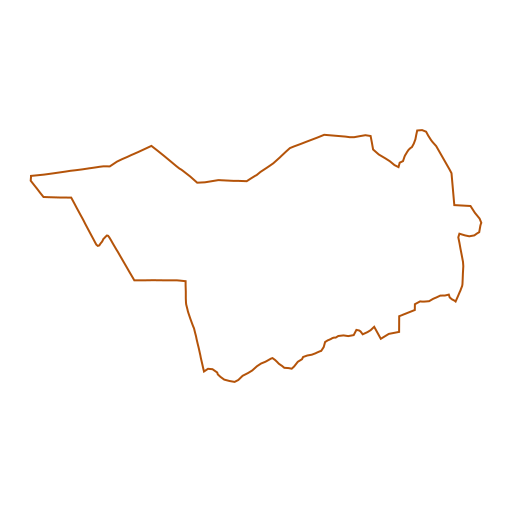 the district of Kipkelion West, Rift Valley, Kenya
{"feature_id": "3690345B22667939022422", "entity_name": "Kipkelion West", "entity_type": "district", "adm_level": 2, "iso_a3": "KEN", "parent_name": "Kenya", "parent_adm1": "Rift Valley", "projection": "albers", "projection_center": [35.383, -0.158], "detail": "fine", "context": "isolated", "style": "outline", "palette": "amber", "viewbox_px": 512, "rotation_deg": 0, "n_neighbors": 0, "source": "geoboundaries", "source_scale": "gbopen_adm2", "svg_char_len": 3412}
<svg xmlns="http://www.w3.org/2000/svg" viewBox="0 0 512 512"><path d="M324.2,134.8L317.3,137.6L310.7,140.1L306.5,141.7L300.6,144.0L293.8,146.5L289.9,148.1L285.9,151.7L282.6,154.8L281.3,156.0L280.0,157.3L273.3,163.3L269.7,165.8L266.9,167.7L260.5,171.9L256.6,175.1L255.2,175.8L251.0,178.4L246.7,181.2L239.0,180.9L234.1,180.9L218.4,180.1L205.0,182.3L197.2,182.7L190.2,176.5L182.5,170.5L181.1,169.5L179.5,168.6L176.3,166.1L169.0,160.0L163.8,155.7L157.7,150.8L151.4,145.9L138.3,152.0L135.3,153.3L134.0,153.9L131.6,154.9L130.1,155.6L128.0,156.6L126.9,157.1L125.5,157.7L122.2,159.1L117.0,161.6L109.8,166.4L103.6,166.3L99.4,166.8L97.6,167.1L95.7,167.4L90.9,168.1L89.2,168.3L87.4,168.6L82.1,169.4L78.2,169.9L76.6,170.1L75.0,170.3L70.4,170.8L65.4,171.6L53.6,173.3L44.1,174.6L37.2,175.3L31.0,175.9L31.0,177.1L30.9,178.2L30.7,180.7L34.0,184.9L37.1,188.8L40.3,193.0L43.5,197.0L49.0,197.2L59.3,197.5L71.2,197.6L74.7,204.1L76.8,208.1L80.6,215.1L82.8,219.1L83.6,220.6L85.2,223.8L87.8,228.7L91.1,234.9L93.2,238.8L95.1,242.4L96.3,244.6L97.8,245.9L99.3,245.4L100.1,244.1L101.0,242.9L101.8,242.0L102.6,240.7L103.3,239.1L104.5,237.9L105.6,236.7L106.9,235.5L108.1,235.8L109.3,237.4L111.1,240.4L112.5,242.9L113.9,245.3L116.6,249.9L117.8,251.8L120.2,256.0L122.8,260.5L126.4,266.7L128.8,270.9L131.5,275.5L134.3,280.3L146.3,280.3L152.8,280.2L162.3,280.3L168.5,280.3L175.1,280.3L176.5,280.3L180.0,280.6L185.6,281.2L185.6,285.5L185.8,291.6L185.8,298.3L186.0,302.8L186.2,304.5L187.4,309.2L187.8,311.0L188.4,313.0L190.4,318.9L192.3,324.1L193.3,326.7L194.0,328.3L195.1,332.8L196.0,336.2L196.3,337.7L196.6,339.2L197.8,344.3L198.5,347.1L198.9,348.8L200.4,355.6L200.7,357.3L201.1,359.1L202.1,363.4L203.3,368.7L204.0,371.5L208.0,368.8L212.5,369.2L217.2,372.5L217.8,374.4L220.5,376.9L224.2,379.6L229.5,381.0L234.6,381.9L238.3,380.0L242.6,375.8L248.1,373.0L252.2,370.5L257.0,366.2L261.1,363.5L265.3,361.8L266.6,361.1L271.0,358.6L272.5,358.1L275.1,360.0L277.1,361.9L278.8,363.7L280.8,365.1L281.9,365.8L284.3,367.8L288.7,368.1L291.7,368.7L294.1,366.5L297.8,361.8L302.0,359.2L303.1,357.0L307.3,355.5L311.8,354.7L315.5,353.3L316.9,352.6L319.9,351.3L321.2,350.9L323.7,347.1L325.1,342.0L327.8,340.3L328.9,339.9L330.9,339.0L332.4,338.1L334.0,337.6L335.7,337.6L338.3,336.0L343.5,335.4L348.3,336.1L353.7,335.1L356.4,329.9L359.2,330.5L360.5,331.4L362.7,334.3L367.5,332.1L370.6,330.2L374.2,326.8L380.8,338.8L388.8,333.9L399.1,331.9L399.2,316.2L414.8,310.0L414.9,304.2L420.1,301.4L422.1,301.6L424.1,301.6L429.1,301.2L433.0,298.9L434.8,298.1L436.3,297.5L440.3,295.6L445.1,295.5L448.8,294.6L449.7,297.4L451.9,299.3L454.6,300.7L455.6,301.5L458.0,296.1L459.6,292.3L460.4,290.6L461.0,288.9L462.1,286.1L462.4,284.6L462.5,283.2L462.7,278.7L462.9,273.5L463.3,266.2L463.0,261.9L461.7,255.0L460.4,248.3L459.5,243.2L458.3,237.3L459.4,233.7L465.0,235.4L469.3,236.3L474.3,235.4L477.1,233.4L479.2,232.2L480.4,225.5L480.8,224.1L481.3,222.8L479.6,218.6L474.8,212.7L470.5,206.0L454.3,205.1L451.5,173.2L449.5,169.4L436.2,146.1L433.5,143.1L432.2,141.6L431.0,140.0L428.2,135.6L426.1,131.7L422.1,130.1L417.2,130.5L416.2,135.1L415.4,139.3L413.8,143.6L411.9,147.1L410.5,148.0L408.6,149.8L407.1,152.0L406.3,153.4L405.0,155.5L404.5,156.7L403.0,161.1L399.7,162.7L398.5,167.1L394.5,165.1L389.8,161.2L385.4,158.4L378.8,154.5L373.1,149.5L371.8,142.2L370.6,136.0L365.4,135.2L360.1,136.1L354.1,137.2L349.8,137.2L345.5,136.6L324.2,134.8Z" fill="none" stroke="#b45309" stroke-width="2"/></svg>